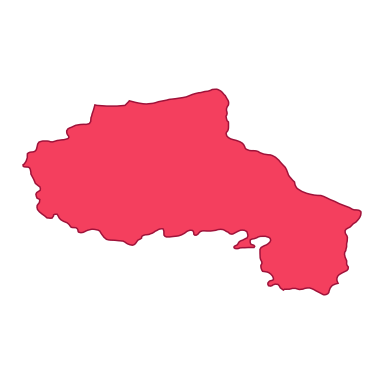 Miory, Vitebsk, Belarus (Robinson projection)
{"feature_id": "67162791B84307245476990", "entity_name": "Miory", "entity_type": "district", "adm_level": 2, "iso_a3": "BLR", "parent_name": "Belarus", "parent_adm1": "Vitebsk", "projection": "robinson", "projection_center": [27.827, 55.577], "detail": "fine", "context": "isolated", "style": "filled", "palette": "rose", "viewbox_px": 384, "rotation_deg": 0, "n_neighbors": 0, "source": "geoboundaries", "source_scale": "gbopen_adm2", "svg_char_len": 5863}
<svg xmlns="http://www.w3.org/2000/svg" viewBox="0 0 384 384"><path d="M47.0,217.9L48.6,218.0L50.1,218.2L52.0,218.1L52.7,217.1L53.5,216.0L53.6,214.8L54.8,214.3L56.2,214.2L57.1,214.2L57.8,215.3L58.7,217.0L59.3,218.1L60.8,219.7L62.3,220.6L63.5,221.3L65.7,222.2L67.3,222.9L69.1,224.5L69.9,225.7L71.0,227.1L72.1,227.5L74.0,227.6L75.9,227.7L77.2,228.6L77.7,229.4L78.0,230.5L78.2,231.7L78.8,232.2L80.9,232.7L83.0,232.4L84.6,231.7L86.1,230.9L87.8,230.2L91.3,229.3L92.6,229.2L94.7,229.4L98.1,230.1L99.8,231.1L100.7,232.7L101.9,234.5L103.2,236.2L104.0,237.3L105.0,238.1L106.4,239.3L108.7,239.9L110.7,240.1L113.8,240.2L116.1,240.4L117.8,240.6L120.2,240.8L123.1,241.1L125.0,242.1L126.3,243.1L127.7,243.9L129.8,244.7L132.3,245.2L133.8,244.8L135.0,244.0L136.1,242.7L137.0,241.3L138.1,240.0L140.3,239.0L141.6,238.0L141.6,236.9L142.2,236.0L143.6,235.3L145.2,234.8L146.9,234.7L149.1,234.4L150.4,233.8L152.2,233.2L153.8,232.3L155.2,231.2L156.8,230.5L158.3,229.6L159.5,229.1L161.3,228.8L162.9,228.8L163.3,229.4L163.9,231.4L163.9,233.1L164.0,235.1L165.0,236.3L166.4,236.9L169.8,236.9L173.1,236.5L176.9,236.1L178.7,235.8L181.6,234.8L184.2,233.4L185.4,232.6L186.9,231.4L188.2,230.8L190.1,230.2L192.3,230.4L193.2,231.2L193.7,232.5L193.9,234.4L194.9,235.2L196.4,235.1L197.9,234.2L198.9,232.9L200.4,231.5L202.3,230.9L203.9,230.8L207.2,231.0L210.5,231.0L212.9,230.7L215.7,230.3L217.9,229.6L220.6,229.3L223.2,229.6L225.0,230.5L226.3,231.4L228.2,232.2L229.0,233.0L230.0,233.8L231.6,234.1L232.8,234.0L235.1,232.8L236.6,232.0L238.6,231.0L240.6,230.2L242.5,230.1L244.5,230.3L246.8,231.6L247.4,233.2L247.9,235.3L247.8,236.4L247.0,238.0L245.9,238.4L244.4,239.2L242.5,240.2L241.2,240.6L239.4,241.6L238.5,242.8L237.8,244.1L237.0,245.0L235.5,245.7L234.5,246.2L234.1,246.6L234.0,247.6L234.1,247.8L235.1,248.5L237.0,248.7L238.5,248.5L239.9,247.9L242.9,247.7L245.1,247.7L248.3,247.5L250.1,247.5L252.4,247.5L254.0,247.5L254.7,246.3L253.8,245.2L251.1,244.4L250.3,242.9L250.1,241.3L250.3,239.8L252.5,238.9L254.1,238.7L256.7,237.8L258.3,236.9L260.2,236.4L262.4,236.3L265.5,236.3L268.9,237.4L270.2,238.4L270.7,240.2L270.1,241.8L268.4,243.5L266.6,244.8L264.3,245.7L262.6,246.6L261.1,247.5L260.0,249.4L260.0,251.4L260.0,253.4L260.2,257.9L260.7,259.7L261.8,261.8L261.9,263.6L260.9,265.3L260.9,266.7L261.1,268.1L261.8,270.0L262.6,271.3L265.4,271.7L267.5,272.1L269.2,272.9L270.8,274.1L272.4,275.9L273.2,277.6L273.5,279.2L272.7,280.2L269.9,280.9L269.3,281.3L268.0,282.8L267.8,284.1L268.5,285.7L270.4,286.1L271.9,285.7L273.2,284.8L275.3,284.1L277.9,284.4L279.2,285.7L279.8,286.9L280.4,287.9L281.3,288.6L282.7,289.6L283.4,290.1L284.3,289.3L287.4,289.2L289.4,289.2L290.6,288.9L292.5,288.4L295.5,288.4L297.5,289.0L299.4,289.5L302.9,289.1L304.8,288.4L307.0,288.0L309.5,287.9L311.9,288.7L313.9,289.6L316.1,290.9L317.9,291.8L319.5,292.6L321.7,293.8L323.4,294.7L324.8,294.8L326.5,294.4L327.9,293.6L328.8,292.4L329.1,291.0L329.6,289.6L330.1,288.2L331.6,286.1L332.9,285.1L335.4,284.0L338.1,283.3L337.4,281.8L336.9,280.3L336.9,278.3L337.7,276.2L339.2,274.6L342.1,272.9L344.1,271.9L346.9,270.5L348.1,269.0L348.3,267.0L347.1,265.4L346.6,264.0L346.7,260.9L346.0,259.3L345.1,257.2L344.5,254.4L344.7,252.3L345.7,250.7L346.1,248.6L346.6,246.9L346.6,243.8L347.2,241.0L347.4,237.4L346.9,235.8L345.8,234.2L345.2,232.8L345.1,230.6L346.1,229.2L347.9,228.1L350.1,227.0L351.3,225.8L353.3,223.7L355.9,222.1L358.0,219.8L359.1,218.4L359.9,217.1L360.7,215.2L361.0,212.8L360.8,211.5L359.5,210.6L359.2,210.4L358.0,210.1L356.0,209.9L354.5,209.9L352.6,209.4L349.5,207.6L344.2,205.6L339.3,203.7L334.7,201.4L330.0,199.5L326.8,197.9L323.8,196.5L320.9,195.5L317.7,195.4L314.4,195.1L310.0,194.2L306.6,193.3L302.0,191.5L299.2,189.8L297.1,188.4L295.8,186.5L295.0,184.7L294.5,182.0L292.7,180.3L291.4,178.8L289.5,176.6L288.5,175.1L287.9,173.4L286.5,169.7L285.2,167.3L282.8,164.8L281.3,163.2L279.9,161.6L278.9,160.3L277.0,158.6L275.4,157.2L272.4,155.6L270.3,154.9L268.4,154.8L263.8,154.1L260.0,152.7L258.1,151.5L256.0,150.9L253.7,150.7L251.4,150.7L249.5,150.5L246.3,149.3L245.1,148.0L244.7,146.7L243.6,144.6L242.3,143.2L240.0,141.8L238.2,141.1L236.2,140.4L233.0,139.6L230.5,138.8L228.3,137.5L226.7,135.8L226.1,133.4L226.5,132.3L227.7,130.8L228.1,129.8L228.4,128.6L228.5,127.2L228.5,125.5L228.5,124.4L228.5,123.2L228.4,121.9L227.1,120.7L226.5,118.8L226.0,116.2L226.8,114.9L227.1,113.3L226.9,111.9L226.5,110.6L226.5,108.7L227.1,107.0L227.7,106.0L228.4,105.0L228.6,103.9L228.6,102.1L228.1,100.6L227.0,98.8L226.1,97.2L225.3,95.7L224.1,94.6L222.2,92.3L220.7,91.0L218.1,89.6L216.7,89.2L214.3,89.3L212.2,89.5L210.4,90.4L208.0,91.2L204.9,91.5L200.7,92.6L198.6,92.8L195.2,93.6L192.5,94.4L186.3,96.9L182.7,97.6L175.5,98.7L172.2,99.1L169.2,99.4L166.8,100.1L162.7,100.9L158.5,101.7L155.8,102.6L154.0,103.1L152.3,103.4L149.0,103.7L146.4,104.0L143.3,103.8L138.8,103.1L135.5,102.4L129.3,100.8L129.1,101.2L125.0,105.4L116.7,106.1L107.0,106.1L96.9,105.4L94.9,104.9L94.2,107.5L93.3,110.6L92.1,114.0L91.7,115.9L91.0,117.7L90.8,120.1L90.7,121.5L89.4,123.5L88.7,123.8L86.2,124.4L83.9,124.3L80.3,124.5L78.0,124.9L75.7,125.3L73.7,126.2L71.6,127.2L69.5,128.0L67.9,128.9L66.7,130.8L66.7,132.1L67.0,133.7L67.7,135.0L68.6,136.1L68.9,137.3L68.1,138.5L66.3,139.1L63.9,139.7L61.5,139.9L58.8,140.3L57.2,140.5L54.3,141.4L52.6,141.9L50.5,141.8L48.8,141.2L47.0,141.0L45.4,141.0L42.9,141.0L41.1,141.4L39.0,142.1L37.7,144.0L37.2,146.3L36.6,148.7L36.1,150.0L34.7,151.4L33.1,151.9L30.8,152.1L29.7,152.3L28.4,152.9L27.4,153.7L27.3,155.5L27.3,157.7L26.5,160.0L26.0,161.4L24.7,163.3L24.1,164.1L23.0,164.8L23.2,166.2L24.1,166.8L26.3,167.0L28.1,167.1L29.5,167.8L30.3,169.4L30.9,172.5L30.9,174.0L32.2,176.5L33.6,179.1L35.4,183.4L38.0,185.5L40.0,187.0L40.4,188.7L40.2,190.3L38.0,191.7L36.7,192.6L35.9,194.2L36.3,196.2L37.0,198.1L39.8,199.5L39.4,202.5L38.3,203.9L37.2,205.4L37.0,207.3L37.5,209.5L39.4,211.8L41.9,213.9L44.7,215.9L47.0,217.9Z" fill="#f43f5e" stroke="#9f1239" stroke-width="1.5"/></svg>